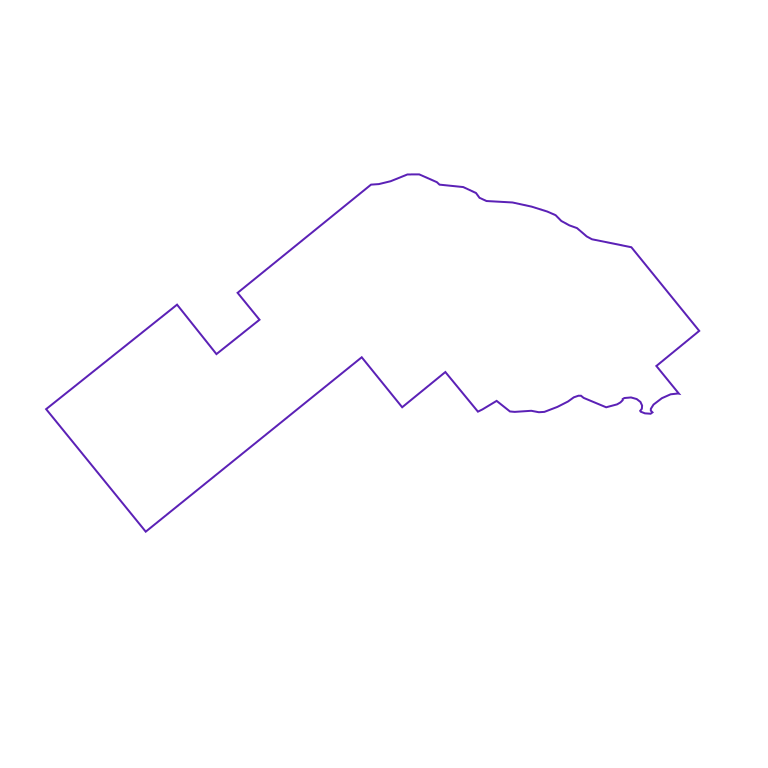 the district of Houghton, Michigan, United States of America, rotated 51°
{"feature_id": "52423323B54374789606174", "entity_name": "Houghton", "entity_type": "district", "adm_level": 2, "iso_a3": "USA", "parent_name": "United States of America", "parent_adm1": "Michigan", "projection": "natural_earth1", "projection_center": [-88.506, 46.853], "detail": "fine", "context": "isolated", "style": "outline", "palette": "violet", "viewbox_px": 768, "rotation_deg": 51, "n_neighbors": 0, "source": "geoboundaries", "source_scale": "gbopen_adm2", "svg_char_len": 1005}
<svg xmlns="http://www.w3.org/2000/svg" viewBox="0 0 768 768"><g transform="rotate(51 384 384)"><path d="M348.8,662.1L349.2,384.5L413.5,384.5L413.3,328.8L464.6,328.4L465.7,323.5L468.0,307.1L484.6,303.4L487.9,300.0L497.5,286.4L503.4,281.4L506.6,276.9L510.9,263.7L513.4,252.0L513.8,244.9L515.5,240.2L517.1,238.3L520.4,237.6L541.9,226.0L546.5,215.7L547.1,211.9L546.8,208.7L545.9,208.0L546.2,206.0L549.9,200.5L554.7,197.1L559.3,196.0L563.2,197.0L565.5,199.2L566.1,201.8L567.1,201.9L571.0,199.7L574.9,195.5L575.0,193.2L572.6,193.4L571.2,192.2L569.6,187.5L569.9,177.0L572.4,167.7L576.4,161.5L577.1,160.9L541.4,161.0L541.1,105.6L433.4,105.7L402.4,131.3L396.9,133.6L384.3,135.9L377.4,140.1L368.9,143.6L360.8,144.4L352.7,148.6L339.0,157.7L323.8,169.9L306.3,189.2L299.4,192.6L293.5,192.3L280.8,198.5L264.0,215.4L260.4,215.9L243.3,224.7L235.9,233.9L230.6,251.2L225.4,262.2L220.9,268.6L221.0,440.4L255.7,440.3L255.3,495.4L192.1,494.9L190.9,662.4L348.8,662.1Z" fill="none" stroke="#5b21b6" stroke-width="2"/></g></svg>